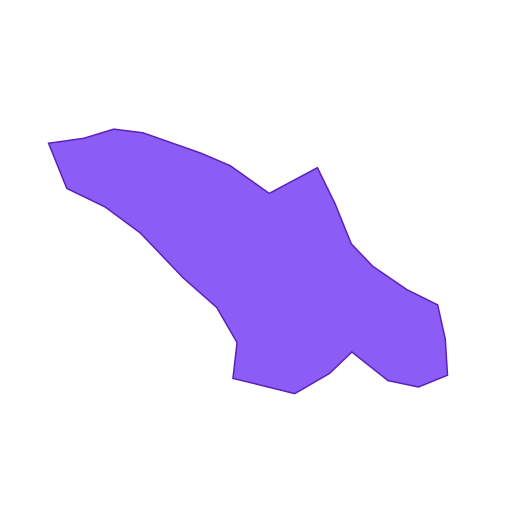 the district of Malounta, Nicosia, Cyprus, rotated 158°
{"feature_id": "46923920B69760563088960", "entity_name": "Malounta", "entity_type": "district", "adm_level": 2, "iso_a3": "CYP", "parent_name": "Cyprus", "parent_adm1": "Nicosia", "projection": "mercator", "projection_center": [33.179, 35.044], "detail": "fine", "context": "isolated", "style": "filled", "palette": "violet", "viewbox_px": 512, "rotation_deg": 158, "n_neighbors": 0, "source": "geoboundaries", "source_scale": "gbopen_adm2", "svg_char_len": 504}
<svg xmlns="http://www.w3.org/2000/svg" viewBox="0 0 512 512"><g transform="rotate(158 256 256)"><path d="M406.1,438.3L406.1,389.5L377.5,357.9L354.6,320.6L331.8,263.2L311.7,223.0L306.0,182.8L323.2,151.2L271.7,113.9L231.7,119.6L203.1,131.1L180.2,90.9L154.5,73.7L123.1,73.7L111.6,108.1L105.9,142.6L128.8,168.4L151.7,202.9L163.1,231.6L163.1,274.7L166.0,314.9L220.3,309.1L246.0,349.3L268.9,372.3L314.6,412.5L340.3,426.9L371.8,429.7L406.1,438.3Z" fill="#8b5cf6" stroke="#5b21b6" stroke-width="1.5"/></g></svg>